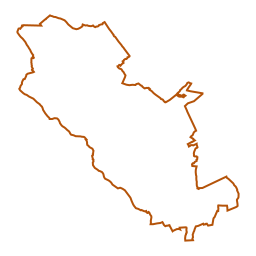 Schitu Duca, Iasi, Romania (Natural Earth projection)
{"feature_id": "2599482B72695645747592", "entity_name": "Schitu Duca", "entity_type": "district", "adm_level": 2, "iso_a3": "ROU", "parent_name": "Romania", "parent_adm1": "Iasi", "projection": "natural_earth1", "projection_center": [27.758, 47.015], "detail": "fine", "context": "isolated", "style": "outline", "palette": "amber", "viewbox_px": 256, "rotation_deg": 0, "n_neighbors": 0, "source": "geoboundaries", "source_scale": "gbopen_adm2", "svg_char_len": 5726}
<svg xmlns="http://www.w3.org/2000/svg" viewBox="0 0 256 256"><path d="M202.5,93.9L202.5,93.3L190.2,91.2L186.9,90.4L187.0,90.0L188.5,87.6L191.0,84.0L191.2,83.5L190.1,83.2L188.7,82.4L187.4,82.9L186.6,84.4L185.4,85.9L183.5,87.0L182.4,87.9L181.1,89.4L180.2,90.0L179.9,91.0L179.3,91.7L177.7,93.0L176.4,94.6L176.9,94.9L178.5,94.4L179.0,94.9L180.2,95.1L181.6,95.7L182.5,95.5L183.1,94.9L183.3,95.2L183.6,95.2L184.1,94.8L185.4,95.7L184.3,96.4L183.6,97.3L183.1,97.2L182.6,96.8L181.3,96.6L180.2,96.7L179.9,96.2L179.5,96.6L178.9,96.5L178.5,96.3L178.4,95.7L177.5,95.6L177.0,94.9L176.8,95.0L176.3,94.7L169.8,99.9L165.7,102.3L165.0,101.8L164.7,102.0L164.4,101.7L163.5,100.7L163.2,100.1L162.5,99.4L161.1,99.1L160.8,98.8L160.5,98.2L155.6,94.7L153.7,93.2L151.6,91.0L149.6,89.8L149.3,89.4L149.8,88.9L149.1,88.2L148.3,87.8L147.7,88.0L146.4,87.9L144.7,88.4L144.4,88.3L142.4,86.7L141.7,85.7L140.9,85.5L138.5,83.5L136.3,84.1L135.5,85.0L132.4,84.8L129.4,85.2L126.4,84.7L122.3,83.2L125.0,77.1L125.5,75.3L124.8,74.4L123.5,72.0L122.6,71.2L121.6,69.5L121.1,69.1L119.3,68.5L117.8,67.1L117.5,66.3L117.8,66.2L118.1,66.5L119.2,64.9L120.2,65.0L120.4,65.2L120.3,65.5L120.5,65.7L121.8,64.1L123.5,62.9L122.8,61.9L123.4,61.2L123.1,61.0L123.7,60.6L124.0,59.9L125.4,58.9L126.3,59.0L127.2,58.3L127.5,57.2L128.3,57.2L128.7,57.0L129.5,56.4L129.6,56.0L124.0,48.5L123.6,47.8L122.2,46.3L121.4,45.0L118.5,41.5L115.2,36.8L114.1,36.3L113.5,35.2L113.6,34.8L112.8,33.9L110.9,31.2L109.2,29.1L104.6,22.1L102.8,23.1L102.7,23.8L102.4,24.3L101.1,24.4L99.2,25.1L98.9,25.2L98.6,25.9L98.0,26.3L97.3,26.5L96.3,26.5L95.5,27.1L95.1,27.1L94.0,26.5L93.0,25.5L92.6,25.8L91.4,26.1L90.1,26.1L88.2,25.8L87.2,25.3L85.5,25.5L82.7,24.5L82.5,25.1L82.4,26.3L80.4,27.7L78.2,28.8L76.3,29.2L72.8,28.2L68.3,24.5L66.3,22.0L64.6,20.3L60.4,18.5L58.6,18.2L55.5,17.0L53.9,16.9L52.1,16.1L51.2,16.0L50.0,15.4L45.8,18.9L45.8,19.2L44.9,19.6L40.0,23.8L41.2,25.6L23.5,25.2L23.4,25.4L22.5,25.4L22.5,26.0L21.9,25.9L21.7,26.5L21.6,27.3L20.4,28.4L20.3,28.7L19.6,28.4L18.6,28.6L17.4,31.6L17.5,32.6L19.7,35.7L20.8,37.0L22.7,38.7L25.4,42.1L26.8,44.9L28.1,46.6L28.8,47.9L30.2,50.0L30.9,51.7L32.0,53.6L33.2,55.1L32.8,56.3L33.8,57.5L33.8,57.8L33.5,58.1L31.7,58.1L31.5,58.3L31.4,59.5L31.4,62.1L31.3,62.7L31.6,63.5L31.6,64.8L31.9,65.6L31.7,66.7L32.9,68.8L32.7,69.1L32.0,69.5L31.9,69.9L33.7,71.6L33.9,71.9L33.1,72.3L27.7,73.7L26.4,74.7L26.1,76.2L24.7,79.1L23.5,79.2L22.5,81.0L21.9,82.6L22.0,83.9L20.4,86.2L20.1,87.7L19.3,88.7L19.3,88.9L20.2,90.4L23.3,93.2L24.9,94.3L26.7,94.9L29.1,96.6L33.4,98.7L36.9,102.2L39.8,104.3L40.4,105.2L41.9,106.6L42.6,108.1L43.1,109.9L45.3,113.4L47.6,116.3L49.3,117.9L49.6,119.0L52.2,119.0L54.4,118.2L54.9,118.2L57.0,118.4L58.0,119.2L58.4,119.6L59.6,121.8L60.0,123.2L61.5,125.3L62.5,126.3L64.5,127.5L65.8,128.6L67.1,129.9L68.9,131.3L69.7,132.4L70.1,133.4L71.1,134.7L73.7,135.3L75.6,136.2L80.7,136.4L81.6,136.7L83.9,136.9L84.7,137.4L86.4,139.4L85.8,139.6L86.6,140.7L87.1,142.4L87.0,143.1L87.2,144.2L87.2,144.8L88.8,146.2L89.5,147.1L92.4,148.7L93.5,150.9L93.3,151.5L93.0,154.2L92.8,154.3L93.0,154.9L92.8,155.4L92.1,155.9L92.8,158.7L92.7,159.1L93.2,159.3L93.4,159.7L93.1,159.9L93.5,161.3L93.4,161.7L92.9,162.2L92.8,162.7L93.0,165.2L94.4,167.3L94.8,167.9L97.8,169.9L98.7,170.8L99.7,171.0L100.5,171.4L101.9,172.0L103.1,173.5L103.5,174.6L103.9,176.5L104.3,177.5L105.1,178.7L108.6,180.4L110.2,181.6L111.2,182.6L112.5,184.6L117.9,188.4L119.9,187.8L120.4,187.8L122.6,188.8L124.9,190.3L130.2,197.4L130.6,198.1L131.6,200.9L133.1,204.3L134.0,205.8L135.9,208.2L138.3,208.9L140.9,210.3L141.5,210.0L143.9,211.1L144.7,211.3L145.3,211.2L145.6,211.5L146.1,211.2L146.2,211.7L147.1,212.8L147.5,213.0L147.9,212.9L148.2,212.5L148.3,212.0L148.5,211.9L149.3,212.6L150.1,214.5L151.3,216.2L151.4,217.5L150.8,220.7L150.9,222.9L150.6,224.2L153.1,224.2L157.1,223.4L160.3,223.0L162.4,222.1L163.3,223.5L163.4,224.0L163.9,224.9L165.3,226.2L167.0,225.6L167.9,225.7L169.2,225.1L169.5,225.2L169.9,226.4L170.1,226.6L172.6,231.3L173.2,230.8L176.8,229.1L179.1,229.0L180.0,229.4L179.7,228.7L179.6,227.7L185.7,227.3L186.4,227.5L186.6,228.1L186.4,229.6L186.5,231.2L186.7,231.6L186.7,232.4L186.7,232.8L186.1,233.3L186.0,234.5L185.6,235.1L185.4,235.8L185.1,238.4L185.3,240.6L193.0,240.2L192.4,238.7L192.5,238.3L193.0,237.3L192.7,234.5L193.2,233.5L193.4,232.5L194.2,230.9L194.7,229.1L195.8,226.4L198.2,225.9L203.2,223.7L203.8,224.7L205.7,223.9L205.8,224.2L206.9,223.8L208.1,225.6L212.4,224.8L213.4,218.8L213.8,217.9L214.6,217.1L217.2,211.0L217.9,211.2L218.2,211.1L218.2,210.3L218.4,208.3L218.2,207.5L218.2,205.6L218.3,205.4L223.1,205.7L227.0,205.7L227.3,207.4L227.5,210.6L236.0,207.1L237.3,206.3L237.6,205.9L237.5,203.9L236.9,200.1L237.0,199.6L238.3,197.8L238.5,197.1L238.6,193.7L237.1,190.4L237.2,190.1L237.2,189.6L236.2,187.4L235.6,186.5L234.2,185.2L233.6,183.9L233.2,183.3L228.4,178.8L227.1,178.0L226.6,177.3L226.4,176.6L202.4,188.0L198.9,188.1L199.0,188.7L198.7,189.0L198.3,188.9L197.9,188.4L197.4,188.3L197.5,187.1L197.0,186.3L196.8,185.4L196.7,183.2L196.8,181.9L196.4,180.0L196.3,177.9L196.4,176.9L196.3,175.9L196.0,175.1L195.7,172.1L195.8,169.8L196.6,166.4L192.3,166.0L192.0,164.3L192.7,163.4L193.1,163.5L193.3,163.2L194.0,163.2L194.7,162.0L196.7,160.9L196.7,160.5L196.5,159.7L197.2,159.2L197.4,157.2L196.9,157.0L196.6,156.4L194.7,156.4L194.1,156.1L193.9,155.2L194.0,154.4L193.8,153.3L194.2,151.7L195.5,148.6L195.8,148.3L197.2,147.7L197.5,147.3L196.6,144.4L196.6,143.8L193.3,145.4L192.3,145.1L190.7,145.2L189.9,146.0L188.9,146.5L188.6,145.4L187.8,144.1L192.1,141.8L192.3,141.9L194.8,140.4L193.4,139.4L193.5,139.1L193.4,138.9L190.5,137.2L190.8,136.6L192.7,135.1L193.8,132.4L195.0,131.3L196.1,130.7L195.3,128.7L187.1,111.2L187.0,110.7L184.9,106.1L187.9,103.3L194.0,101.2L202.5,93.9Z" fill="none" stroke="#b45309" stroke-width="2"/></svg>